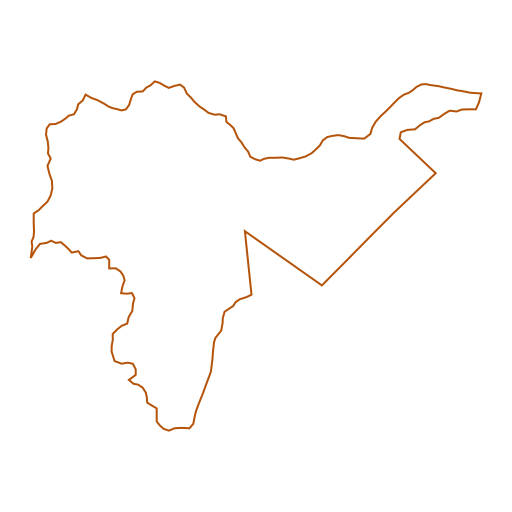 Conceição de Macabu, Rio de Janeiro, Brazil
{"feature_id": "56859067B82602417056719", "entity_name": "Conceição de Macabu", "entity_type": "district", "adm_level": 2, "iso_a3": "BRA", "parent_name": "Brazil", "parent_adm1": "Rio de Janeiro", "projection": "orthographic", "projection_center": [-41.847, -22.162], "detail": "fine", "context": "isolated", "style": "outline", "palette": "amber", "viewbox_px": 512, "rotation_deg": 0, "n_neighbors": 0, "source": "geoboundaries", "source_scale": "gbopen_adm2", "svg_char_len": 2745}
<svg xmlns="http://www.w3.org/2000/svg" viewBox="0 0 512 512"><path d="M435.7,173.2L399.5,138.9L400.8,132.3L407.3,129.9L415.0,129.3L420.1,125.1L424.5,122.3L429.0,121.4L433.5,118.9L438.9,117.8L444.3,113.8L449.7,110.7L456.5,111.5L461.9,109.5L468.9,109.3L475.9,109.3L479.0,102.4L481.3,93.4L476.8,93.2L470.0,92.7L462.8,91.2L458.0,90.5L451.8,89.0L447.7,88.1L443.4,87.3L439.4,86.3L435.3,85.7L430.5,85.1L426.1,84.1L421.6,84.4L416.6,86.8L413.0,90.0L408.9,92.8L404.0,94.6L399.3,97.8L394.7,102.3L390.7,106.5L385.9,111.3L380.8,116.0L375.8,121.6L372.2,127.7L370.4,133.9L364.3,138.6L358.9,138.4L354.4,138.1L349.4,137.9L344.3,136.2L338.2,135.1L332.3,135.9L327.1,137.1L322.7,140.5L319.9,145.4L315.9,149.4L311.5,153.3L305.5,156.5L299.0,158.4L293.8,159.7L289.5,158.7L282.6,157.5L274.7,157.8L268.8,157.8L263.9,158.9L260.0,160.7L255.0,159.2L250.3,156.7L248.2,151.7L244.5,147.3L241.5,142.4L238.1,138.5L235.6,132.9L233.7,128.3L230.5,125.2L226.4,121.9L225.9,116.4L219.7,114.3L214.5,114.7L208.4,112.8L204.5,109.8L199.4,106.4L194.0,101.4L191.0,97.7L186.8,93.5L184.1,87.6L180.0,84.6L174.1,86.0L168.8,87.9L164.0,85.5L159.7,82.9L154.8,81.4L150.3,85.5L146.4,87.5L142.8,91.4L136.7,91.8L132.7,94.3L130.9,99.1L129.1,105.0L125.9,109.4L121.5,110.4L117.3,109.2L112.4,108.1L108.3,106.4L104.3,103.8L97.6,100.2L91.3,97.9L85.6,94.6L82.8,100.4L78.2,104.3L77.0,109.2L73.9,114.3L68.7,115.7L65.3,118.7L61.0,121.6L55.5,124.0L49.7,124.3L46.7,128.4L46.0,134.5L47.7,141.2L48.4,147.8L48.0,153.5L50.7,158.5L47.5,165.9L49.3,173.5L51.9,180.8L52.3,188.4L50.8,195.2L47.5,201.6L41.9,206.9L38.8,210.1L33.7,213.5L33.7,222.5L34.0,231.5L33.6,236.8L31.6,241.5L32.3,246.5L31.7,251.1L30.7,258.0L35.7,249.2L40.0,243.9L46.7,242.9L51.2,240.7L55.7,242.9L60.9,242.2L64.5,245.3L68.4,248.9L71.8,252.6L78.4,251.2L81.2,255.3L87.0,258.4L94.0,258.2L100.3,257.9L106.0,256.5L109.2,259.8L109.2,268.4L115.7,268.3L120.4,271.4L123.3,275.7L124.6,280.3L122.4,286.6L121.1,293.2L126.7,293.7L131.9,293.1L134.5,298.1L133.0,303.6L132.3,310.9L128.7,317.0L127.2,323.6L121.9,325.7L117.7,328.9L112.7,334.0L112.8,339.9L111.7,345.9L111.6,351.5L114.6,361.1L121.7,363.7L127.6,362.7L132.8,363.7L135.7,369.3L135.7,374.9L128.9,379.9L133.5,383.8L138.0,384.6L142.7,387.7L145.9,392.8L146.8,397.3L147.2,402.6L151.8,405.5L156.7,408.4L156.7,414.2L156.7,421.5L159.8,425.4L163.7,428.9L169.0,430.6L174.4,428.3L179.8,427.9L184.8,428.0L189.5,428.3L193.3,423.8L194.6,417.1L195.9,411.4L198.7,403.8L202.8,393.6L204.4,389.2L206.8,382.7L210.8,372.0L211.7,365.3L212.4,359.5L213.1,350.4L214.0,342.3L215.4,337.9L221.2,330.6L222.6,323.1L222.8,318.0L224.6,311.7L229.1,308.7L233.2,306.0L235.6,302.1L239.9,299.2L246.5,297.1L251.5,294.7L244.9,231.2L321.9,285.4L348.7,258.4L372.3,234.4L393.5,213.1L435.7,173.2Z" fill="none" stroke="#b45309" stroke-width="2"/></svg>